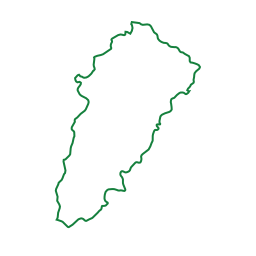 Transcarpathia, Equal Earth projection, rotated 97°
{"feature_id": "UKR-293", "entity_name": "Transcarpathia", "entity_type": "Region", "adm_level": 1, "iso_a3": "UKR", "parent_name": "Ukraine", "parent_adm1": "", "projection": "equal_earth", "projection_center": [23.378, 48.491], "detail": "fine", "context": "isolated", "style": "outline", "palette": "green", "viewbox_px": 256, "rotation_deg": 97, "n_neighbors": 0, "source": "natural_earth", "source_scale": "10m", "svg_char_len": 4590}
<svg xmlns="http://www.w3.org/2000/svg" viewBox="0 0 256 256"><g transform="rotate(97 128 128)"><path d="M22.4,137.1L22.5,129.3L23.5,127.6L23.8,125.9L22.8,121.5L23.0,119.3L24.3,117.6L29.8,113.8L30.3,113.0L31.2,111.3L31.8,110.6L32.9,110.0L35.1,109.4L36.1,108.8L37.5,107.3L38.5,105.3L39.1,103.0L39.0,100.7L39.3,99.3L39.9,98.6L40.7,98.0L41.4,97.2L42.0,95.9L42.2,95.2L42.1,91.6L41.9,90.7L42.0,89.8L42.5,88.5L42.7,88.3L43.3,87.6L45.3,86.1L46.1,85.2L46.3,84.5L46.3,83.1L46.4,82.6L47.5,80.7L49.3,76.2L50.8,75.3L54.0,74.9L55.3,73.9L55.3,72.1L55.7,69.7L56.3,67.2L57.0,65.4L58.7,64.0L60.4,64.5L63.5,67.4L65.6,68.6L67.4,68.7L69.2,68.6L72.2,68.8L74.1,68.3L75.0,68.4L75.8,69.1L77.4,70.9L78.3,71.1L79.8,71.8L81.6,73.2L83.3,73.8L84.3,72.1L84.2,71.8L85.7,72.5L87.2,74.1L87.3,75.0L86.5,76.4L86.2,77.1L86.2,77.6L86.1,78.5L86.2,78.9L86.4,80.1L86.7,80.7L87.1,81.3L89.2,83.4L92.2,85.6L92.7,86.2L92.9,86.7L93.1,87.1L93.2,87.4L93.7,88.0L93.9,88.3L94.4,88.5L95.1,88.7L96.4,88.7L97.1,88.7L97.7,88.5L98.5,88.2L101.9,87.3L104.2,86.9L104.8,87.1L105.4,87.4L106.3,88.1L107.0,89.0L108.9,93.1L110.5,95.6L111.0,96.2L111.6,96.6L112.3,97.1L113.1,97.3L117.0,97.6L118.2,97.5L119.0,97.3L119.8,96.6L120.1,96.6L120.4,96.6L120.6,97.2L120.7,97.5L120.7,98.7L120.8,99.1L120.9,99.4L121.0,99.6L121.1,99.8L121.3,99.9L121.7,99.9L122.4,99.7L122.8,99.4L124.1,97.9L124.4,97.7L124.8,97.6L125.3,97.7L126.1,98.4L126.4,98.9L126.5,99.4L126.5,100.0L126.5,100.4L126.7,100.7L126.8,101.1L127.1,101.3L127.7,101.6L128.7,101.9L131.1,102.4L132.8,102.5L137.2,102.0L138.1,102.1L140.1,102.8L143.5,103.6L146.8,104.9L152.0,110.2L153.5,111.3L154.3,111.4L154.9,111.5L156.2,111.1L157.1,110.9L158.1,110.9L159.2,111.0L160.1,111.3L160.6,111.5L160.9,112.0L161.1,112.9L161.1,113.5L160.9,114.4L160.9,114.9L160.9,115.3L161.0,115.7L161.3,116.2L161.8,116.7L166.5,120.1L167.3,120.4L168.0,120.6L169.0,120.8L169.5,120.9L169.9,121.1L170.5,121.5L170.8,121.7L171.1,122.2L171.5,122.7L172.1,123.9L172.3,124.6L172.4,125.2L172.2,126.0L172.1,126.4L171.9,126.8L171.7,127.6L171.6,128.0L171.6,128.5L171.7,128.9L172.0,129.3L172.4,129.6L173.4,130.0L174.0,130.0L174.6,130.0L175.4,129.8L176.1,129.4L176.4,129.1L177.7,127.8L179.5,126.8L183.3,126.3L184.8,125.7L188.9,123.4L189.3,123.2L189.8,123.2L190.2,123.2L190.6,123.5L190.9,123.9L190.9,124.7L190.9,125.2L190.8,126.1L190.7,126.8L190.8,127.5L190.8,128.0L191.1,128.7L191.2,129.5L191.2,129.9L191.1,130.4L191.1,130.8L190.9,131.2L190.4,133.9L190.4,134.8L190.5,136.1L191.2,139.4L191.3,139.8L191.6,140.3L192.1,141.0L193.2,141.8L193.8,142.2L194.4,142.5L197.0,142.9L199.1,142.9L201.0,142.7L201.8,142.4L202.2,142.2L202.9,141.8L203.4,141.3L203.8,140.7L204.0,140.3L204.5,139.2L204.8,139.0L205.1,138.9L205.5,139.0L205.8,139.2L206.3,139.7L207.3,140.3L207.7,140.8L208.0,141.4L208.3,142.7L208.4,143.5L208.5,144.1L208.7,144.3L209.1,144.4L211.2,144.5L211.8,144.7L212.4,145.0L213.1,145.8L214.0,146.6L215.7,147.7L221.1,152.0L221.5,152.4L221.8,152.7L223.4,155.4L225.1,157.8L225.3,158.2L225.3,158.7L225.1,159.4L224.6,160.2L224.1,160.8L223.7,161.5L223.6,161.9L223.5,162.3L223.4,162.8L223.4,163.4L223.6,164.0L224.1,165.0L224.4,165.6L224.9,166.3L230.7,171.2L233.6,174.7L233.6,175.1L233.5,175.7L229.2,181.3L228.7,182.5L227.9,186.3L227.7,187.6L227.0,187.3L225.4,186.9L220.6,187.0L215.8,186.0L214.1,186.0L212.2,186.9L208.9,189.4L204.8,189.5L199.1,192.0L197.3,191.9L192.3,190.3L192.2,190.3L190.7,190.1L187.6,187.5L185.9,186.9L181.7,185.9L180.3,185.0L177.7,184.9L169.2,187.9L167.4,187.9L166.8,186.3L162.4,182.8L161.0,182.2L155.2,182.4L153.2,182.2L149.7,181.2L144.3,180.7L142.7,180.2L139.6,180.7L138.6,180.9L137.7,181.6L137.3,182.3L136.9,182.9L136.4,183.4L136.2,183.6L135.8,183.8L134.1,183.9L128.6,181.6L128.4,181.5L128.2,181.5L127.5,181.8L126.8,181.8L126.2,181.8L125.6,181.6L123.7,179.6L119.7,176.7L116.2,173.1L114.7,172.2L108.9,170.4L107.0,170.2L105.2,170.9L103.6,173.1L101.7,178.2L100.5,180.0L96.9,182.5L95.6,182.7L94.2,182.3L92.9,181.6L91.6,180.8L90.1,180.2L88.8,180.3L88.1,181.6L88.8,183.8L88.1,185.2L86.6,186.1L84.9,186.6L81.8,184.4L81.1,183.1L82.5,181.6L82.7,179.9L83.2,178.9L83.5,177.7L83.0,175.7L82.1,174.2L81.0,173.0L78.5,171.0L75.5,169.5L75.2,169.0L73.8,168.2L72.4,168.6L70.9,169.4L69.4,169.8L63.3,169.8L62.2,170.3L61.5,169.9L60.1,167.3L58.9,163.9L57.8,161.7L51.6,154.6L51.3,154.4L50.9,154.4L50.6,154.4L48.9,155.1L47.6,155.2L46.3,155.0L44.6,154.4L44.3,154.4L43.9,154.4L43.6,154.5L42.9,155.0L42.3,155.2L41.7,155.0L41.1,154.5L37.0,149.1L36.1,146.9L36.1,145.4L36.3,144.1L36.3,143.1L35.7,142.2L35.1,142.1L32.8,142.2L32.8,140.5L34.1,137.2L31.1,136.0L28.2,135.7L25.4,136.6L24.6,137.4L24.4,137.4L22.4,137.1Z" fill="none" stroke="#15803d" stroke-width="2"/></g></svg>